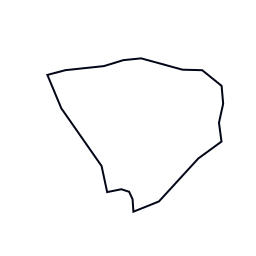 Ascension, Albers equal-area conic projection, rotated 198°
{"feature_id": "SHN-4863", "entity_name": "Ascension", "entity_type": "state/province", "adm_level": 1, "iso_a3": "SHN", "parent_name": "Saint Helena", "parent_adm1": "", "projection": "albers", "projection_center": [-14.366, -7.929], "detail": "fine", "context": "isolated", "style": "outline", "palette": "ink", "viewbox_px": 256, "rotation_deg": 198, "n_neighbors": 0, "source": "natural_earth", "source_scale": "10m", "svg_char_len": 401}
<svg xmlns="http://www.w3.org/2000/svg" viewBox="0 0 256 256"><g transform="rotate(198 128 128)"><path d="M128.0,60.6L141.4,83.7L197.5,126.1L221.1,153.6L205.3,163.7L170.1,179.4L153.4,191.1L137.0,198.3L94.2,200.3L75.3,205.9L52.0,197.0L45.0,180.5L43.1,161.1L34.9,144.0L51.7,120.8L75.9,67.7L97.0,50.1L101.6,61.6L107.2,67.7L115.4,67.7L128.0,60.6Z" fill="none" stroke="#020617" stroke-width="2"/></g></svg>